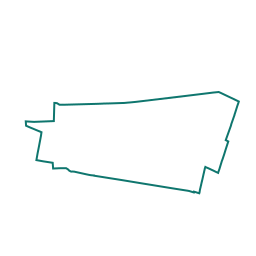 Rusanesti, Olt, Romania, rotated 196°
{"feature_id": "2599482B48981848696155", "entity_name": "Rusanesti", "entity_type": "district", "adm_level": 2, "iso_a3": "ROU", "parent_name": "Romania", "parent_adm1": "Olt", "projection": "natural_earth1", "projection_center": [24.553, 43.927], "detail": "fine", "context": "isolated", "style": "outline", "palette": "teal", "viewbox_px": 256, "rotation_deg": 196, "n_neighbors": 0, "source": "geoboundaries", "source_scale": "gbopen_adm2", "svg_char_len": 1717}
<svg xmlns="http://www.w3.org/2000/svg" viewBox="0 0 256 256"><g transform="rotate(196 128 128)"><path d="M50.8,187.6L51.2,187.4L56.0,185.5L60.2,183.7L81.0,174.9L127.6,155.3L132.9,153.2L135.3,152.3L138.1,151.2L138.9,150.9L139.0,150.9L152.0,146.7L158.4,144.7L159.2,144.4L164.7,142.6L196.3,132.6L196.9,132.5L197.0,132.4L200.2,131.5L200.3,131.5L200.5,131.5L200.9,131.7L202.5,132.1L203.1,132.2L203.2,132.3L203.3,132.3L203.5,132.2L204.3,132.1L205.0,132.0L205.3,131.9L205.7,131.8L203.4,122.8L201.2,114.2L220.0,108.0L223.5,107.2L226.2,106.6L228.1,106.2L227.6,104.8L226.6,102.1L224.4,101.8L223.0,101.6L210.0,100.1L209.5,96.4L208.5,85.6L207.9,78.5L207.2,71.9L200.2,72.6L190.8,73.8L188.8,68.4L182.9,70.4L176.4,72.3L174.3,71.7L172.5,70.7L171.6,70.6L170.7,70.4L169.5,70.8L168.3,71.1L167.9,71.2L155.1,72.0L152.5,72.2L150.6,72.4L147.5,73.0L147.4,72.8L140.2,73.7L131.2,74.8L124.0,75.7L118.2,76.4L97.6,78.8L91.0,79.6L69.1,82.2L54.6,84.0L53.9,84.1L51.8,84.3L47.0,84.2L47.1,84.8L47.1,85.0L45.7,85.0L42.7,84.9L41.5,84.9L41.5,85.1L41.5,85.9L41.5,86.1L41.6,86.4L41.6,86.7L41.7,87.4L41.8,88.1L41.8,88.5L41.9,89.8L41.9,90.2L41.9,90.8L42.0,91.8L42.0,92.4L42.0,92.8L42.0,93.3L42.1,93.6L42.1,94.5L42.2,95.3L42.2,96.1L42.2,96.9L42.3,97.0L42.3,97.4L42.3,97.8L42.3,98.1L42.3,98.5L42.7,105.3L42.7,106.0L42.8,107.0L42.9,109.3L43.0,110.3L42.9,111.9L42.0,111.7L40.1,111.5L37.5,111.1L35.8,110.8L35.7,110.8L34.3,110.6L31.7,110.1L29.0,109.7L29.0,111.0L28.8,113.8L28.8,114.9L28.7,120.8L28.7,121.9L28.5,124.2L28.3,128.9L28.2,133.7L27.9,142.7L29.3,143.0L30.7,143.3L30.4,147.9L29.7,158.6L29.7,159.6L29.8,159.8L29.2,170.0L29.3,170.2L29.2,171.9L29.0,179.4L28.8,182.8L28.8,184.0L48.5,187.3L50.8,187.6Z" fill="none" stroke="#0f766e" stroke-width="2"/></g></svg>